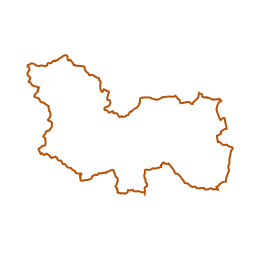 outline of Petris, Arad, Romania, rotated 276°
{"feature_id": "2599482B88106197026841", "entity_name": "Petris", "entity_type": "district", "adm_level": 2, "iso_a3": "ROU", "parent_name": "Romania", "parent_adm1": "Arad", "projection": "equal_earth", "projection_center": [22.372, 46.087], "detail": "fine", "context": "isolated", "style": "outline", "palette": "amber", "viewbox_px": 256, "rotation_deg": 276, "n_neighbors": 0, "source": "geoboundaries", "source_scale": "gbopen_adm2", "svg_char_len": 5730}
<svg xmlns="http://www.w3.org/2000/svg" viewBox="0 0 256 256"><g transform="rotate(276 128 128)"><path d="M188.2,64.9L189.8,63.5L188.9,61.7L189.1,61.4L190.4,60.6L192.4,60.5L193.2,60.1L193.7,59.5L193.9,58.6L193.7,57.8L193.4,56.7L190.4,53.2L190.0,52.3L188.4,51.3L188.0,50.6L188.0,49.5L186.9,48.9L186.8,48.6L187.2,47.9L187.0,46.9L186.5,46.2L184.5,44.7L184.0,41.4L183.5,41.2L181.9,41.0L181.0,39.4L180.9,38.5L181.1,36.4L181.1,35.1L180.4,33.1L180.5,30.0L181.4,28.9L182.1,27.3L182.2,26.4L182.1,24.9L180.8,23.4L180.5,22.4L180.0,21.7L178.7,21.7L177.8,23.3L175.3,24.1L173.6,22.9L172.0,22.3L170.5,22.6L169.7,23.0L168.1,25.4L167.2,25.7L165.8,25.3L163.6,24.3L162.6,26.6L160.3,28.5L159.5,32.3L159.5,33.5L158.9,35.1L158.3,34.6L157.6,35.0L156.9,34.2L156.1,34.2L155.1,34.8L153.3,33.1L150.7,31.5L149.6,31.5L148.9,32.0L148.6,34.7L148.3,35.9L147.5,36.6L145.5,37.8L144.7,38.8L144.3,40.1L144.6,41.1L144.4,41.9L143.1,43.3L141.7,46.4L141.2,46.9L139.9,46.7L138.4,47.6L136.7,47.7L135.9,48.8L132.3,49.7L131.2,49.6L127.8,47.5L126.9,48.1L126.8,48.6L127.0,49.3L125.8,51.3L125.1,51.9L120.7,52.0L118.4,50.4L117.9,50.5L117.0,49.5L116.5,47.3L115.9,46.9L113.5,46.3L110.9,44.7L110.1,45.4L109.3,46.7L108.7,46.9L107.4,47.0L106.9,47.3L106.3,47.2L105.2,47.5L102.6,47.6L102.2,47.1L101.8,46.9L101.2,44.3L99.9,43.9L98.5,41.9L97.9,41.3L96.6,41.5L95.4,42.7L94.3,43.0L94.1,43.4L93.3,43.9L93.6,44.1L93.9,45.2L93.3,45.7L92.5,47.0L92.4,47.4L92.9,48.3L93.8,49.0L93.9,49.7L93.6,50.3L93.5,50.8L92.9,51.6L92.7,52.4L91.9,53.0L91.8,53.4L90.8,54.0L90.6,54.4L90.7,54.9L90.2,55.1L90.4,55.8L90.8,56.1L91.1,57.2L91.9,58.7L91.1,60.2L89.9,60.8L88.5,62.3L88.4,62.6L88.5,64.8L88.2,65.2L85.6,66.7L85.2,67.7L85.5,68.9L85.4,69.1L85.0,69.8L83.9,70.5L82.6,72.1L82.4,72.7L82.3,74.6L81.9,76.0L81.2,76.4L80.5,77.3L79.7,79.6L77.8,80.9L77.4,83.7L77.9,85.5L77.8,86.1L77.5,86.4L76.8,86.3L76.0,85.9L75.5,85.2L75.1,85.2L74.4,85.5L74.1,85.9L73.5,86.1L73.2,85.8L72.7,85.8L72.2,86.1L71.0,86.4L70.7,86.9L70.9,88.9L71.5,90.0L72.1,92.0L72.0,93.5L72.8,94.6L73.1,95.5L74.1,96.9L76.5,97.7L77.0,98.7L77.9,99.8L78.1,100.8L78.1,102.3L79.9,103.8L79.9,106.0L80.6,107.0L80.8,108.4L81.4,110.0L80.8,110.6L80.8,110.8L82.2,111.6L82.4,112.4L83.6,114.5L83.7,114.8L84.2,115.4L84.7,117.1L84.5,117.8L83.9,118.3L83.1,118.4L81.7,119.4L80.0,120.0L78.6,120.9L77.5,121.8L77.1,122.7L74.9,123.4L70.2,122.4L69.2,121.6L68.8,121.6L67.9,122.2L67.1,123.4L66.3,123.4L65.9,123.8L65.3,123.6L65.0,124.2L64.7,124.3L63.1,124.2L62.4,125.1L62.7,126.3L62.4,126.6L62.1,127.7L62.4,128.0L62.5,128.9L62.4,129.5L62.7,130.7L62.3,131.8L62.8,132.8L63.9,134.2L65.3,134.5L66.1,134.4L66.2,137.1L67.0,138.9L67.0,139.3L65.7,140.3L65.8,143.1L66.3,144.6L65.6,148.3L65.7,149.9L65.5,150.6L65.4,151.0L64.7,151.4L67.6,151.4L69.3,150.8L70.2,150.8L71.2,151.4L72.3,153.0L73.8,153.0L74.7,152.6L75.5,151.7L76.8,150.9L78.9,150.9L79.4,150.0L80.2,149.7L82.8,149.0L84.7,149.6L86.2,149.2L87.8,149.3L88.2,149.8L88.6,150.5L88.5,153.6L89.2,155.2L90.6,156.6L90.3,157.6L90.3,158.3L90.7,159.0L90.8,160.5L91.6,162.1L91.9,163.3L92.4,163.9L92.6,164.5L92.6,165.0L94.7,164.7L95.7,165.9L96.6,165.8L97.4,167.0L97.2,167.6L96.6,168.3L96.2,169.3L96.6,171.4L97.0,172.1L95.7,173.1L94.9,174.2L93.5,175.3L92.5,176.6L89.6,178.7L88.0,179.3L87.8,179.6L87.6,181.2L87.7,181.9L86.4,183.8L84.4,185.9L83.0,186.9L82.3,187.9L81.1,188.9L79.3,190.0L78.9,193.6L77.3,195.6L76.4,197.3L76.1,198.1L76.8,200.9L75.3,202.9L75.5,204.1L75.3,204.4L75.6,205.4L75.5,205.8L76.1,206.9L76.1,208.6L76.0,209.2L76.3,210.0L75.3,210.6L74.8,211.3L75.2,213.1L75.8,214.8L76.8,216.6L76.7,217.3L75.7,218.9L76.4,221.1L76.1,223.9L77.5,223.5L78.8,222.2L79.1,222.9L80.3,224.2L81.4,224.7L83.7,227.1L84.2,228.0L84.9,230.9L88.4,230.9L96.7,232.9L98.7,232.0L99.4,231.9L101.4,231.9L103.6,232.6L107.5,232.1L116.2,232.9L118.3,234.3L118.7,234.3L119.6,233.7L120.4,230.1L120.9,228.9L121.8,228.1L121.0,225.0L121.3,224.1L122.2,222.4L123.4,221.3L123.6,220.3L123.8,220.0L123.4,218.8L129.5,217.2L130.6,219.1L132.1,221.1L133.8,220.8L134.5,221.1L136.9,224.1L137.6,226.2L147.9,223.0L147.8,221.5L145.7,219.2L146.6,218.4L153.8,214.7L155.7,214.1L157.6,214.2L160.6,214.8L162.6,215.5L164.8,217.9L166.3,216.3L166.6,215.5L165.7,215.0L166.0,213.4L165.4,212.0L165.6,210.8L165.0,209.7L165.1,209.2L165.5,208.4L165.3,208.2L166.6,205.3L166.2,204.3L166.3,204.0L166.5,203.9L166.9,202.5L166.4,201.9L166.3,201.1L166.6,200.4L166.8,198.7L168.9,198.2L169.7,197.3L169.6,195.7L169.2,195.2L169.6,195.0L165.4,194.5L160.3,190.2L158.7,189.8L158.5,189.0L158.8,188.0L159.7,187.3L160.2,186.0L160.2,185.1L159.6,182.8L158.3,179.1L158.2,178.2L158.6,177.4L159.1,176.9L161.4,176.2L162.1,175.2L162.1,174.7L165.1,171.8L163.9,170.3L163.8,169.8L163.5,164.6L162.5,161.1L162.5,159.6L159.7,155.5L159.3,154.4L159.1,153.0L159.5,151.5L159.6,149.0L160.6,146.9L160.3,142.5L159.8,139.4L158.9,137.2L157.6,136.9L155.9,136.9L155.1,137.2L154.0,137.0L153.0,136.5L151.8,136.3L149.2,134.7L148.7,134.1L148.4,133.3L147.4,132.3L146.9,131.5L144.6,129.7L144.6,128.6L144.0,128.1L141.5,127.2L140.9,126.7L140.5,125.9L140.3,124.9L139.3,124.1L138.7,123.1L138.5,121.7L139.1,120.4L137.9,118.4L141.4,115.5L141.5,114.6L141.2,113.0L141.2,112.1L141.8,111.7L142.9,111.4L142.9,110.8L142.4,109.5L141.5,108.0L141.4,107.3L143.4,105.2L143.6,102.9L144.5,102.4L145.2,102.5L146.1,103.3L147.6,106.2L148.4,106.9L150.2,107.7L151.4,107.9L153.3,107.1L153.8,106.5L153.7,104.7L154.4,104.3L156.0,104.2L161.7,105.3L162.9,103.7L162.7,102.8L163.8,100.6L163.9,99.9L161.6,99.1L161.2,98.5L161.5,97.8L162.6,97.1L164.0,96.5L167.0,95.9L170.6,96.0L171.4,95.8L172.8,94.3L174.2,94.2L174.5,93.6L175.3,90.5L176.3,89.2L176.4,88.3L176.9,87.1L176.9,85.7L176.5,84.5L176.5,83.9L178.0,83.0L179.9,80.3L181.0,79.2L181.6,78.9L183.6,78.7L184.7,77.4L184.6,69.4L185.2,68.9L184.8,67.6L185.0,67.3L187.1,66.4L188.2,64.9Z" fill="none" stroke="#b45309" stroke-width="2"/></g></svg>